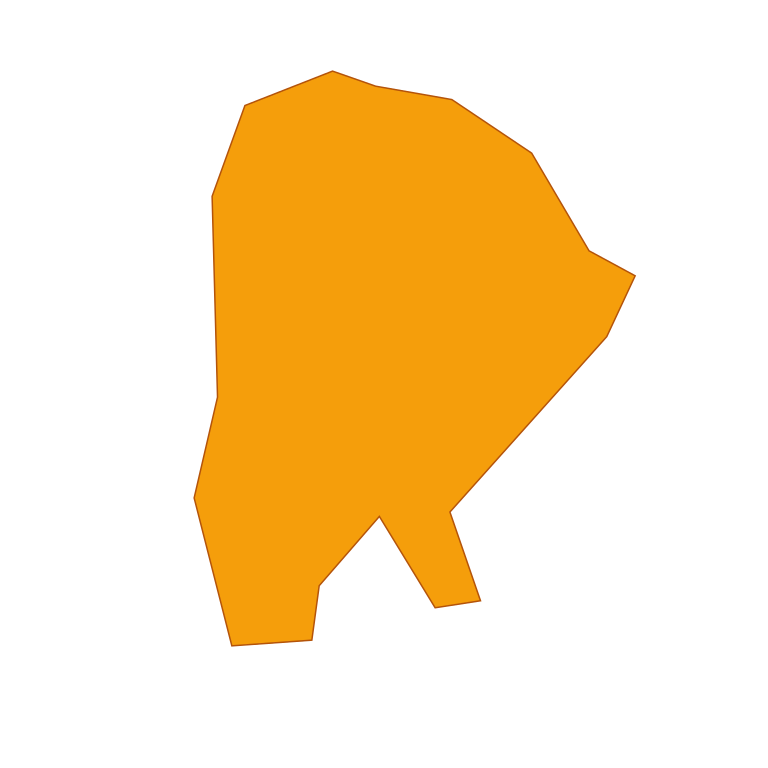 SVG path tracing the border of Damascus, rotated 285°
{"feature_id": "SYR-4843", "entity_name": "Damascus", "entity_type": "Province", "adm_level": 1, "iso_a3": "SYR", "parent_name": "Syria", "parent_adm1": "", "projection": "mercator", "projection_center": [36.275, 33.512], "detail": "fine", "context": "isolated", "style": "filled", "palette": "amber", "viewbox_px": 768, "rotation_deg": 285, "n_neighbors": 0, "source": "natural_earth", "source_scale": "10m", "svg_char_len": 398}
<svg xmlns="http://www.w3.org/2000/svg" viewBox="0 0 768 768"><g transform="rotate(285 384 384)"><path d="M520.8,169.4L617.0,177.6L672.9,253.3L669.5,298.9L676.3,375.9L645.2,466.9L565.7,547.6L553.5,598.6L487.4,586.9L277.4,480.8L199.6,533.3L181.1,491.3L254.9,413.8L172.4,373.6L117.9,380.6L91.7,304.8L224.8,230.1L328.2,226.6L520.8,169.4Z" fill="#f59e0b" stroke="#b45309" stroke-width="1.5"/></g></svg>